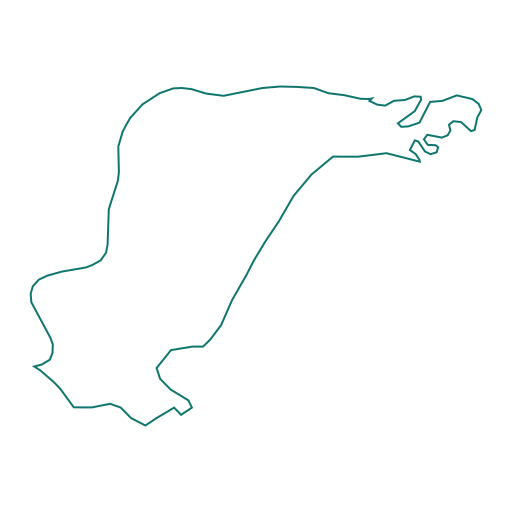 Chonnae, Kangwŏn-do, North Korea (Robinson projection)
{"feature_id": "82179303B51352172049621", "entity_name": "Chonnae", "entity_type": "district", "adm_level": 2, "iso_a3": "PRK", "parent_name": "North Korea", "parent_adm1": "Kangwŏn-do", "projection": "robinson", "projection_center": [127.238, 39.287], "detail": "fine", "context": "isolated", "style": "outline", "palette": "teal", "viewbox_px": 512, "rotation_deg": 0, "n_neighbors": 0, "source": "geoboundaries", "source_scale": "gbopen_adm2", "svg_char_len": 1559}
<svg xmlns="http://www.w3.org/2000/svg" viewBox="0 0 512 512"><path d="M371.8,98.5L369.5,99.0L360.6,98.8L344.4,95.2L328.4,93.2L320.0,90.2L313.8,88.0L296.8,86.9L280.1,86.5L262.5,88.0L223.6,95.8L206.3,93.6L191.4,89.1L181.7,88.0L173.2,88.4L159.6,93.2L142.6,104.3L130.4,117.7L125.9,125.4L122.5,132.1L118.3,146.6L118.9,172.1L117.9,180.7L109.7,206.3L108.8,209.2L107.6,244.4L106.1,252.6L100.6,260.4L92.7,264.8L86.3,267.4L62.3,271.5L47.4,275.6L38.9,279.6L32.8,286.3L30.7,293.7L31.3,302.2L50.4,337.8L52.8,344.5L52.5,353.0L49.8,359.7L41.9,364.5L34.3,366.5L40.4,370.5L53.7,382.0L60.1,388.6L70.7,403.1L73.8,407.3L81.4,407.4L92.1,407.4L110.0,403.8L120.6,407.5L131.2,418.2L145.4,425.5L156.2,418.3L174.1,407.6L181.1,414.8L182.0,414.2L191.9,407.6L188.4,400.4L170.7,389.6L160.1,378.8L156.6,368.0L171.0,350.1L192.4,346.6L203.1,346.6L210.3,339.5L221.1,325.1L232.1,300.0L246.5,274.9L253.8,260.6L264.6,242.6L279.0,221.1L293.5,196.0L311.5,174.5L333.0,156.6L357.9,156.7L386.5,153.2L419.8,161.7L419.5,159.9L415.5,153.9L409.9,150.0L410.4,149.0L414.8,140.4L418.3,141.5L425.0,151.5L430.4,154.2L436.6,152.3L438.1,147.2L435.6,145.2L427.8,144.9L423.9,139.3L427.3,134.8L442.0,137.6L447.6,135.3L450.4,130.6L449.0,124.7L453.4,121.2L461.1,122.1L471.0,131.1L474.6,130.0L475.4,126.2L477.4,117.3L481.3,110.1L478.7,103.9L472.4,99.1L465.3,97.4L456.8,95.4L442.4,100.9L430.1,101.9L419.5,122.6L408.3,126.4L401.2,126.8L397.9,123.3L414.8,111.1L421.1,99.7L420.6,96.7L414.2,96.4L405.0,100.0L394.0,100.8L385.1,105.6L377.4,104.7L369.5,101.0L371.8,98.5Z" fill="none" stroke="#0f766e" stroke-width="2"/></svg>